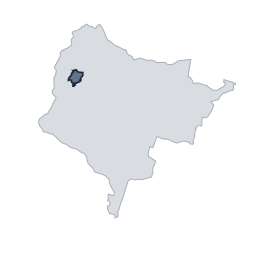 location of Buta, Orientale, Democratic Republic of the Congo, rotated 288°
{"feature_id": "63176286B70684258400559", "entity_name": "Buta", "entity_type": "district", "adm_level": 2, "iso_a3": "COD", "parent_name": "Democratic Republic of the Congo", "parent_adm1": "Orientale", "projection": "mercator", "projection_center": [25.009, 2.835], "detail": "fine", "context": "in_parent", "style": "filled", "palette": "slate", "viewbox_px": 256, "rotation_deg": 288, "n_neighbors": 0, "source": "geoboundaries", "source_scale": "gbopen_adm2", "svg_char_len": 6677}
<svg xmlns="http://www.w3.org/2000/svg" viewBox="0 0 256 256"><g transform="rotate(288 128 128)"><path d="M212.7,166.5L195.2,169.2L195.6,170.2L195.4,171.3L195.0,172.1L193.2,174.3L190.6,176.3L190.6,176.7L191.9,179.0L192.7,182.0L192.5,187.5L192.9,188.9L192.8,190.1L191.9,191.3L190.2,197.8L191.3,201.0L194.8,204.0L196.8,206.2L200.2,207.0L200.8,206.8L201.0,205.0L203.7,204.3L203.7,216.0L203.5,216.7L203.0,216.8L202.3,216.4L202.1,215.3L201.4,214.8L198.1,216.3L197.3,216.3L196.3,216.0L195.7,215.4L195.5,214.5L193.1,211.1L192.0,210.9L190.7,207.8L185.5,205.5L183.5,205.4L182.4,204.7L181.4,202.3L179.6,200.7L179.3,199.0L178.9,198.8L177.8,199.1L176.9,201.8L175.8,202.5L173.6,202.5L168.2,201.8L164.4,200.4L163.4,200.4L161.9,199.2L161.3,197.1L161.6,195.5L161.3,195.3L155.5,196.6L154.1,197.4L152.8,197.2L152.4,196.8L152.9,195.7L152.6,194.5L152.2,193.9L150.5,193.5L149.9,192.2L148.9,192.0L148.5,192.2L148.3,193.1L147.6,193.3L144.2,192.9L140.5,194.1L135.7,193.8L133.4,195.1L133.0,195.1L132.5,194.4L132.1,192.2L132.3,191.6L133.0,191.1L133.3,190.3L133.1,188.0L133.3,187.4L133.0,186.1L132.3,184.0L131.2,182.3L129.1,179.8L128.7,178.6L128.8,175.7L129.5,171.2L129.4,167.9L128.5,165.7L128.3,163.3L128.9,159.1L128.4,158.1L117.3,157.8L116.9,157.5L116.6,156.9L117.2,154.4L110.4,155.0L108.4,155.5L107.2,156.5L106.8,157.8L106.7,159.6L105.7,161.4L105.4,164.3L103.6,164.6L101.7,164.6L98.1,164.0L94.6,164.8L92.9,165.6L92.0,165.3L88.9,165.6L88.4,165.3L84.9,159.5L83.3,157.6L83.0,156.6L83.1,155.7L82.7,154.5L81.0,151.5L80.7,150.1L80.8,148.0L80.6,147.2L79.1,145.4L78.1,144.7L77.0,144.4L59.0,144.7L53.0,144.3L48.7,144.6L46.5,144.4L45.8,144.1L43.9,144.5L42.8,145.3L41.3,145.7L40.3,145.6L38.4,143.4L41.0,143.0L41.1,142.8L41.3,137.6L40.7,136.9L42.0,136.0L44.2,133.8L46.4,132.9L46.6,132.5L47.1,132.5L47.9,133.5L49.7,134.7L52.0,133.6L52.3,133.3L52.6,131.1L53.1,130.9L54.1,131.4L54.7,131.4L55.7,130.7L58.6,129.6L59.4,131.0L58.6,132.3L59.0,133.2L59.1,134.6L59.6,135.0L61.9,135.1L62.5,134.8L67.1,129.7L68.3,129.1L70.3,127.1L72.8,126.2L73.9,124.6L75.4,121.8L76.1,117.7L75.8,110.6L76.0,109.7L79.1,106.5L82.3,100.7L84.4,99.2L86.0,98.6L88.5,96.5L90.5,94.3L90.2,91.8L90.7,89.7L91.8,87.0L92.1,84.1L91.7,81.1L91.9,78.7L93.4,74.8L93.5,70.3L94.8,66.5L97.4,61.7L98.7,58.1L98.4,54.6L98.8,52.0L98.6,50.5L98.1,49.1L98.4,48.3L99.4,47.9L100.6,46.6L102.9,43.2L105.2,41.5L106.9,40.9L108.7,41.0L109.8,41.3L111.6,42.6L113.7,43.7L115.3,45.1L116.9,47.2L120.6,47.7L122.2,48.4L123.2,48.7L123.5,48.5L124.3,48.6L126.1,49.2L127.5,48.9L134.4,50.3L135.2,49.6L137.1,46.0L138.5,44.7L140.9,44.6L142.7,45.3L143.7,45.3L152.2,42.2L153.3,42.0L156.4,42.8L158.4,42.3L159.2,42.4L160.9,41.9L162.4,39.7L163.5,39.2L175.7,41.5L177.6,40.4L178.5,40.3L181.2,41.1L182.0,42.4L183.6,43.6L184.8,45.5L186.6,46.5L187.5,47.6L188.6,48.3L190.8,48.5L193.6,46.8L195.6,47.0L197.6,47.9L198.3,47.9L199.8,46.9L200.6,45.8L201.4,45.6L202.6,46.0L203.5,47.0L204.4,48.5L207.4,51.7L210.4,53.1L211.1,55.1L212.2,54.9L212.7,55.1L213.5,56.4L214.0,56.6L214.1,57.1L213.4,58.3L212.7,60.6L213.6,62.0L212.8,64.0L212.5,66.1L213.4,66.6L214.6,66.6L215.8,67.7L216.7,67.8L217.6,69.0L217.4,70.0L214.5,73.4L210.1,77.5L208.6,78.0L207.9,78.8L207.3,80.0L206.0,81.1L205.1,81.5L205.0,84.5L203.5,87.6L202.9,88.3L202.2,93.3L202.3,94.2L201.5,98.4L201.6,102.2L199.5,103.4L198.1,105.4L197.4,106.7L197.4,109.8L195.0,111.8L194.9,112.2L195.5,114.4L196.3,114.8L196.4,115.5L198.3,117.9L198.2,125.2L198.3,126.0L199.3,127.7L200.0,131.0L199.2,135.3L201.9,143.1L200.7,145.9L201.3,148.7L202.9,151.5L206.6,154.3L207.6,155.5L208.5,157.1L209.4,159.5L212.7,166.5Z" fill="#d9dde1" stroke="#a8b0b8" stroke-width="1"/><path d="M157.4,67.7L157.4,67.8L157.5,67.9L157.6,68.1L157.8,67.9L158.0,67.9L158.2,68.0L158.3,67.9L158.4,68.0L158.5,67.9L158.5,68.0L158.7,67.9L158.8,68.0L158.8,67.9L158.9,68.0L159.0,68.0L159.4,68.3L159.5,68.3L159.7,68.2L159.8,68.2L160.0,67.9L160.2,67.7L160.3,67.6L160.6,67.5L160.9,67.7L161.1,67.7L161.3,67.8L161.5,67.7L161.6,67.8L161.8,67.8L161.9,68.0L162.0,68.1L162.2,68.3L162.5,68.3L162.7,68.5L162.8,68.5L163.0,68.5L163.4,68.5L163.5,68.7L163.7,68.8L163.9,68.7L164.0,68.7L164.3,68.7L164.3,68.8L164.5,68.8L164.8,68.7L165.5,68.3L165.6,68.2L165.8,68.0L166.1,67.8L166.3,67.9L166.5,67.9L166.7,68.0L166.9,68.0L167.0,68.0L167.0,67.9L166.9,67.6L166.8,67.4L166.4,66.7L166.3,66.2L166.3,65.9L166.3,65.7L166.4,65.4L166.2,64.9L166.1,64.7L165.8,64.2L166.0,64.0L166.0,63.8L166.1,63.5L166.2,63.1L165.9,62.6L165.8,62.4L166.0,62.3L166.0,62.1L166.4,62.0L166.5,61.9L166.8,61.6L167.2,61.3L167.1,61.2L167.3,61.0L167.2,60.9L166.9,60.9L166.7,60.8L166.7,60.7L166.5,60.4L166.6,60.2L166.8,60.0L166.7,59.8L166.8,59.8L166.9,59.7L166.7,59.6L166.6,59.4L166.6,59.2L166.3,58.8L166.3,58.7L166.2,58.6L166.0,58.4L165.8,58.3L165.6,58.2L165.6,57.9L165.6,58.0L165.4,57.8L165.4,57.7L165.2,57.9L165.2,58.1L165.2,58.4L165.2,58.5L164.9,58.6L164.8,58.4L164.6,58.4L164.5,58.5L164.4,58.4L164.4,58.5L164.2,58.4L164.2,58.5L164.1,58.4L163.8,58.4L163.4,58.2L163.2,58.3L162.6,57.6L162.5,57.4L162.3,57.5L162.2,57.5L162.1,57.4L161.9,57.5L161.7,57.8L161.3,58.0L161.2,57.9L160.9,57.9L160.7,57.8L160.6,57.7L160.5,57.8L160.4,57.8L160.3,57.6L160.0,57.5L159.8,57.3L159.8,57.2L159.7,57.1L159.4,57.1L159.2,57.0L158.8,57.3L158.6,57.3L158.5,57.1L158.4,57.0L158.4,56.9L158.5,56.8L158.4,56.7L158.2,56.6L158.0,56.4L157.9,56.4L157.7,56.5L157.4,56.4L157.1,56.3L156.9,56.3L156.7,56.2L156.4,56.4L156.2,56.4L156.0,56.6L155.9,56.6L155.7,56.6L155.6,56.4L155.4,56.3L155.0,56.5L154.9,56.5L154.7,56.6L154.8,56.7L154.8,56.8L155.1,56.9L155.3,57.0L155.5,57.2L155.5,57.3L155.8,57.7L155.8,57.8L155.7,58.1L155.8,58.6L155.8,58.9L156.0,59.2L156.0,59.5L155.9,59.5L155.8,59.4L155.8,59.2L155.7,59.2L155.5,59.5L155.3,59.7L155.1,59.7L154.9,59.7L154.8,59.9L154.7,59.8L154.4,60.0L154.2,60.0L153.9,60.3L153.9,60.5L153.8,60.8L153.9,61.0L153.7,61.4L153.7,61.7L153.8,61.9L154.0,62.1L154.1,62.3L154.1,62.5L153.9,62.8L153.6,62.9L153.5,63.0L153.4,63.1L153.2,63.0L153.2,62.9L153.4,62.7L153.2,62.6L152.8,62.6L152.6,62.6L152.3,62.7L152.2,62.6L152.2,62.4L151.9,62.5L151.7,62.5L151.6,62.3L151.4,62.5L151.2,62.4L150.9,62.5L151.0,62.7L151.1,62.8L151.0,63.2L150.8,63.2L150.8,63.4L150.8,63.5L151.0,63.7L151.3,63.7L151.4,63.8L151.5,63.8L151.7,64.0L151.7,63.9L151.8,63.9L152.1,64.0L152.4,64.1L152.6,64.1L152.9,64.2L153.0,64.2L153.4,64.1L153.5,64.1L153.6,64.3L153.6,64.2L153.8,64.3L153.8,64.2L153.9,64.3L153.9,64.2L154.0,64.2L154.0,64.3L154.3,64.3L154.2,64.4L154.2,64.5L154.3,64.6L154.5,64.8L154.7,65.0L154.8,65.0L154.9,65.3L155.0,65.3L155.1,65.5L155.3,65.6L155.5,65.5L155.6,65.8L155.6,65.7L155.6,65.8L155.8,66.0L155.9,66.3L156.0,66.3L156.1,66.5L156.3,66.7L156.3,66.9L156.5,66.9L156.6,67.1L156.8,67.1L156.9,67.3L157.0,67.3L157.1,67.5L157.3,67.6L157.4,67.7Z" fill="#64748b" stroke="#1e293b" stroke-width="1.5"/></g></svg>